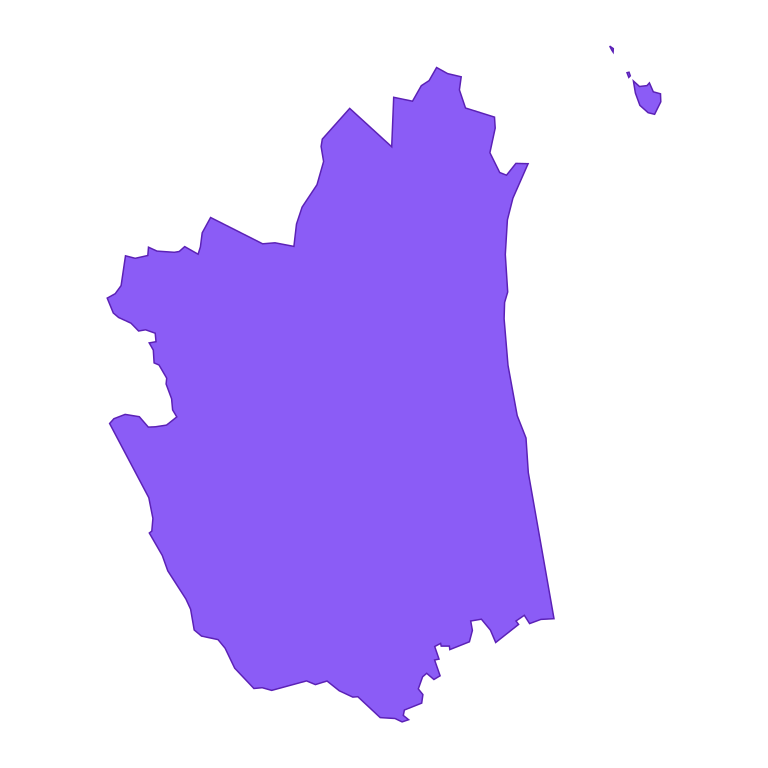 outline of Killiney-Shankill Lea-7, Dún Laoghaire–Rathdown, Ireland
{"feature_id": "5873133B24997022792264", "entity_name": "Killiney-Shankill Lea-7", "entity_type": "district", "adm_level": 2, "iso_a3": "IRL", "parent_name": "Ireland", "parent_adm1": "Dún Laoghaire–Rathdown", "projection": "mercator", "projection_center": [-6.14, 53.238], "detail": "fine", "context": "isolated", "style": "filled", "palette": "violet", "viewbox_px": 768, "rotation_deg": 0, "n_neighbors": 0, "source": "geoboundaries", "source_scale": "gbopen_adm2", "svg_char_len": 1934}
<svg xmlns="http://www.w3.org/2000/svg" viewBox="0 0 768 768"><path d="M200.4,246.9L198.1,254.2L184.7,246.6L179.2,251.5L174.3,252.3L157.0,251.1L148.5,247.2L147.8,255.5L135.2,258.3L125.5,255.8L121.1,285.6L115.2,293.7L107.2,298.1L113.3,313.0L118.6,317.5L131.0,323.2L138.6,331.0L145.6,329.8L155.2,333.2L156.0,341.7L149.2,342.9L153.3,350.1L154.1,362.9L159.0,365.0L166.7,378.2L166.1,384.0L171.6,398.8L172.6,409.9L176.8,416.9L166.5,425.1L155.3,426.8L148.3,427.1L139.3,416.7L125.1,414.4L113.9,418.7L109.6,423.5L148.8,497.7L152.9,518.4L151.8,531.1L149.3,533.0L162.3,555.5L167.8,570.9L185.9,599.0L190.6,609.2L194.2,630.0L201.5,636.1L218.0,639.6L225.1,648.2L234.7,668.2L253.9,688.5L262.2,687.7L271.7,690.4L306.5,680.9L315.4,684.6L327.0,681.0L339.3,690.8L352.8,697.1L357.8,696.7L380.2,717.6L395.0,718.5L402.1,721.9L408.6,719.7L403.3,715.4L404.4,710.0L421.7,703.1L422.9,694.6L418.3,688.9L422.6,676.8L426.7,673.3L433.9,679.5L440.1,675.8L434.6,660.0L439.0,659.1L434.7,646.5L440.6,643.4L441.2,646.1L449.4,646.1L449.8,649.6L469.4,641.8L472.4,630.4L470.7,621.0L481.4,619.2L490.4,630.1L495.7,642.5L518.6,624.4L516.0,621.0L524.3,615.3L529.6,623.6L540.9,619.4L554.0,618.7L528.3,472.6L526.0,438.0L517.2,415.6L508.0,365.3L504.1,318.7L504.6,302.5L507.7,292.0L505.3,254.5L507.4,219.9L512.9,198.2L528.1,163.7L515.9,163.4L506.5,175.2L499.7,172.5L489.9,152.7L495.2,128.1L494.5,117.1L465.5,108.0L459.4,89.9L461.2,76.8L447.6,73.6L436.6,67.5L429.1,80.6L421.3,85.7L412.5,101.2L393.7,97.3L391.7,146.8L349.7,108.4L322.3,139.1L321.1,146.5L323.6,161.5L317.0,184.7L302.1,207.1L296.5,224.0L293.9,246.4L275.0,242.8L262.6,243.8L210.6,217.5L202.2,232.8L200.4,246.9ZM635.4,93.1L639.9,105.4L648.1,112.7L654.6,114.3L660.8,101.8L660.5,93.8L653.3,91.8L649.4,82.9L647.0,85.6L639.5,86.5L633.4,81.0L635.4,93.1ZM630.3,75.8L629.0,72.2L627.0,72.7L628.8,77.4L630.3,75.8ZM611.9,50.3L613.1,52.1L613.3,48.6L609.7,46.1L611.9,50.3Z" fill="#8b5cf6" stroke="#5b21b6" stroke-width="1.5"/></svg>